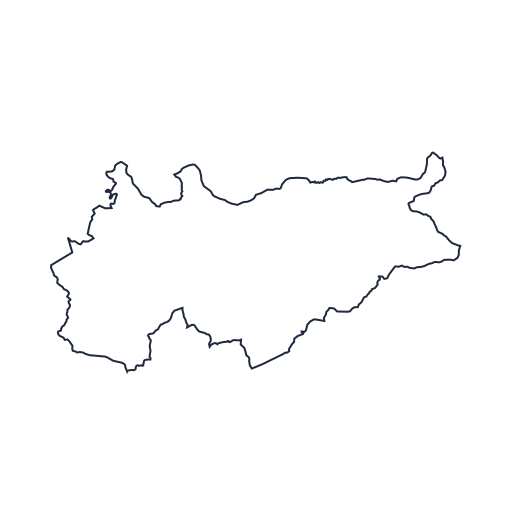 Anapoima, Cundinamarca, Colombia (Robinson projection), rotated 104°
{"feature_id": "7082276B58765294535219", "entity_name": "Anapoima", "entity_type": "district", "adm_level": 2, "iso_a3": "COL", "parent_name": "Colombia", "parent_adm1": "Cundinamarca", "projection": "robinson", "projection_center": [-74.53, 4.566], "detail": "fine", "context": "isolated", "style": "outline", "palette": "slate", "viewbox_px": 512, "rotation_deg": 104, "n_neighbors": 0, "source": "geoboundaries", "source_scale": "gbopen_adm2", "svg_char_len": 6122}
<svg xmlns="http://www.w3.org/2000/svg" viewBox="0 0 512 512"><g transform="rotate(104 256 256)"><path d="M112.8,109.3L113.5,110.2L116.1,111.0L119.4,113.4L120.3,113.5L125.5,112.4L133.4,112.2L135.1,113.0L135.7,113.8L140.5,115.2L142.4,117.3L143.2,119.4L143.4,128.4L144.3,133.3L144.7,134.5L146.6,137.1L147.2,137.6L149.7,138.1L149.9,141.7L152.1,145.6L152.4,147.6L152.1,153.1L151.7,154.4L152.6,156.4L152.4,159.6L153.0,161.3L153.0,163.2L153.6,165.2L153.7,166.4L155.9,169.6L156.4,171.3L161.1,180.6L160.2,182.5L160.1,183.9L159.4,185.8L157.7,187.1L157.9,188.6L158.9,191.4L160.0,193.3L160.0,194.7L160.3,195.7L161.7,196.7L162.1,198.7L163.6,200.1L163.3,201.5L163.8,204.7L164.9,205.2L164.9,206.8L166.2,206.8L166.7,208.6L168.3,208.6L168.9,209.7L168.7,211.0L169.8,212.2L169.3,213.6L170.4,214.9L170.0,216.0L170.5,216.6L170.4,217.1L169.7,217.3L170.5,218.2L170.6,219.5L171.4,220.5L171.5,221.5L170.3,222.2L168.5,225.2L168.5,226.3L169.9,234.2L172.3,242.1L174.5,245.0L175.9,246.0L180.3,248.1L183.7,248.3L184.8,248.9L185.2,249.5L185.8,252.9L187.8,255.7L188.8,260.9L193.7,266.1L196.7,270.9L200.5,271.8L203.3,274.4L205.4,277.4L206.7,281.2L210.9,286.4L211.1,292.1L210.5,296.4L209.2,299.9L209.2,304.8L208.1,310.9L207.4,312.5L204.1,315.6L200.8,323.6L195.7,327.3L191.2,328.8L186.7,331.2L184.9,333.3L182.3,337.4L182.5,339.4L184.5,343.3L188.1,347.9L189.7,349.0L192.3,349.7L195.1,352.6L196.7,355.0L198.5,352.8L198.8,350.3L199.6,348.5L203.1,345.6L206.4,345.0L207.1,344.4L209.0,344.4L211.2,343.1L212.3,343.7L213.9,343.7L215.7,342.0L216.6,342.7L218.6,342.7L219.1,343.5L220.1,343.6L220.8,344.7L222.1,348.9L224.4,352.2L224.7,354.1L226.4,357.7L228.8,360.9L231.3,361.4L231.7,364.1L231.6,365.1L230.2,366.3L228.7,370.0L225.6,373.6L225.6,378.9L224.2,382.0L219.1,387.0L215.9,392.3L214.8,393.4L212.3,394.4L209.4,396.2L208.2,399.7L207.0,401.6L203.9,402.9L199.6,402.9L197.5,408.5L197.4,410.0L200.2,413.0L202.3,414.5L206.4,414.4L208.2,415.5L209.2,417.2L210.4,421.2L212.0,421.3L213.4,420.6L214.9,418.7L215.9,416.0L215.8,413.7L216.3,413.1L218.3,412.2L219.1,409.5L220.0,409.5L223.0,411.0L226.9,411.8L228.0,412.5L228.0,413.7L227.5,414.7L227.6,416.1L229.1,417.3L229.8,417.3L230.0,416.6L229.3,414.0L229.6,412.6L231.4,411.6L234.9,412.1L235.6,411.3L234.9,410.5L231.0,409.6L229.6,407.4L229.4,406.5L229.6,406.2L230.3,405.8L236.0,406.4L238.9,406.1L240.0,407.0L240.1,409.1L240.9,409.7L241.7,409.7L244.4,407.7L246.2,413.7L245.1,420.3L247.3,422.0L250.0,424.8L250.9,425.3L253.9,422.8L257.7,424.8L260.2,423.7L262.4,424.7L263.8,425.0L275.2,424.7L275.9,423.3L276.6,419.7L278.2,417.9L282.4,422.2L283.3,425.1L283.4,427.3L287.1,428.9L287.2,429.3L287.0,431.5L285.6,434.8L285.7,436.2L286.4,437.7L286.4,439.0L284.1,442.2L284.3,442.6L297.0,435.1L314.4,452.5L317.1,452.0L321.7,448.3L323.5,447.3L324.0,446.7L324.8,444.2L326.3,442.8L330.1,442.4L331.3,440.3L333.0,436.0L334.7,434.3L335.0,431.8L336.1,429.6L336.8,428.8L337.8,428.4L341.1,429.4L342.9,425.7L343.4,425.5L345.2,426.9L346.9,426.3L348.4,424.7L349.1,424.5L351.5,424.7L353.6,425.9L356.2,425.5L357.7,425.7L358.8,425.4L361.0,423.5L361.8,423.5L363.5,424.4L365.3,424.1L367.9,425.1L369.4,425.2L371.5,427.0L373.9,427.5L375.5,427.2L377.2,429.7L378.2,429.7L380.0,428.7L381.0,427.0L381.8,423.0L383.6,421.3L382.6,418.6L383.8,416.6L387.6,412.3L390.6,411.8L392.3,410.9L392.3,408.0L392.9,406.2L391.8,403.8L391.5,400.3L392.2,398.0L392.5,393.5L390.1,378.2L390.4,375.7L392.2,369.3L392.0,360.5L392.7,357.6L393.8,356.4L395.5,355.9L399.2,353.1L398.4,353.0L396.5,348.8L396.4,346.9L395.0,345.5L392.5,345.8L391.2,345.2L390.7,344.5L390.8,342.6L389.8,341.0L390.0,339.5L389.6,339.0L385.0,339.3L384.1,338.9L382.9,336.9L382.0,333.4L380.5,333.7L379.3,335.0L373.6,335.4L369.1,337.4L363.7,337.6L362.7,338.1L362.0,339.5L360.5,340.3L359.5,341.5L358.3,341.3L357.3,340.2L356.3,337.5L355.1,336.3L354.0,336.1L352.3,335.0L350.7,333.3L348.0,332.7L345.6,331.8L344.8,330.3L343.3,329.1L341.8,326.7L339.9,324.7L336.9,323.6L331.6,323.3L328.8,321.9L324.1,314.8L326.2,314.3L330.2,312.1L332.3,311.4L334.8,309.1L337.6,307.5L339.2,305.8L342.0,305.6L338.4,301.7L337.9,300.2L338.1,299.0L341.9,294.7L343.0,292.9L343.1,287.0L343.8,285.1L343.7,282.6L345.0,281.1L347.8,279.6L349.7,279.4L351.4,280.1L352.9,280.2L355.3,279.0L352.8,278.0L350.6,275.3L350.3,273.7L351.0,272.1L349.5,271.1L347.0,266.0L346.5,264.0L345.3,262.8L345.2,262.1L346.0,261.4L345.8,260.4L343.0,257.5L341.9,251.7L340.8,250.3L345.6,249.4L347.9,245.3L349.0,244.4L354.7,241.3L356.0,238.5L357.3,237.6L359.7,237.2L363.5,235.6L366.2,232.8L359.5,223.7L344.7,206.1L342.7,204.3L342.5,202.8L340.4,200.7L338.3,201.5L332.0,199.4L330.4,198.3L326.8,198.8L323.4,196.0L320.4,191.6L319.7,191.4L319.0,193.2L318.2,193.5L317.7,190.5L316.6,189.8L315.2,189.5L310.3,189.6L306.3,187.4L303.7,184.7L303.2,183.5L302.5,174.0L300.0,175.0L298.9,175.0L296.1,174.1L293.0,174.1L290.5,172.6L288.7,172.2L288.3,170.3L288.1,167.4L290.2,163.9L287.9,153.5L286.9,151.4L283.8,149.9L281.8,148.0L281.2,145.4L280.8,144.8L278.2,144.5L275.4,142.5L270.4,141.3L269.7,140.9L268.6,139.1L266.5,138.4L264.7,137.2L263.5,137.2L261.7,135.6L260.3,135.6L258.3,132.8L254.4,131.1L252.2,131.9L250.4,131.5L249.0,130.2L248.1,130.2L247.5,130.5L246.8,131.6L246.1,131.9L245.4,128.9L245.5,128.1L247.0,126.4L247.1,125.7L246.0,123.6L245.3,123.1L241.9,122.5L232.8,118.7L232.3,117.9L231.9,115.0L230.0,112.1L230.7,109.6L229.8,106.3L230.3,104.4L230.2,102.2L229.6,99.0L228.6,98.1L227.8,96.7L227.1,94.3L225.3,90.6L222.5,87.2L221.0,85.0L220.7,83.8L218.7,81.4L218.2,79.8L217.9,77.0L216.7,74.8L214.3,72.6L212.6,66.9L212.3,62.9L208.8,60.0L205.8,59.5L201.6,60.5L196.7,60.3L196.9,62.0L196.0,68.9L194.1,72.4L191.2,76.2L190.3,79.1L189.4,80.3L188.5,85.1L186.7,86.9L185.3,87.5L181.0,91.1L180.1,91.5L178.6,93.2L177.7,94.9L175.9,96.1L175.0,99.8L174.4,100.9L175.3,103.4L174.2,107.5L173.9,110.9L174.5,113.9L174.3,116.2L172.0,118.7L171.2,118.8L168.5,120.7L167.7,120.5L164.4,116.3L160.9,116.5L160.0,116.2L157.1,112.4L155.6,109.9L153.3,104.0L152.3,103.1L149.4,102.3L146.5,102.4L145.7,101.9L144.9,100.3L142.1,99.5L140.6,97.4L138.2,95.8L137.3,93.8L132.5,92.1L128.4,92.4L124.2,94.9L122.8,96.5L118.9,97.4L115.5,99.0L116.8,100.5L116.6,101.9L114.5,104.9L112.8,109.3Z" fill="none" stroke="#1e293b" stroke-width="2"/></g></svg>